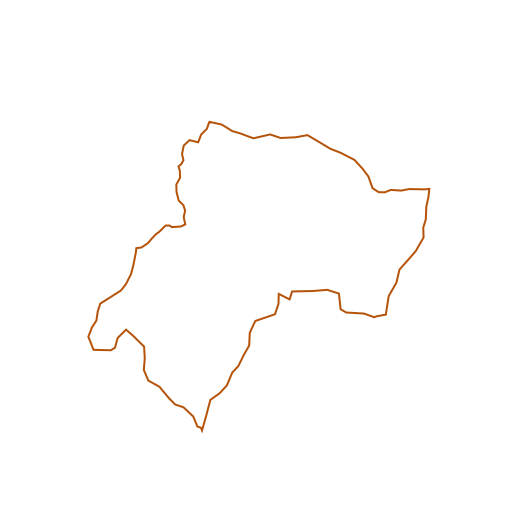 Pentalia, Paphos, Cyprus, rotated 338°
{"feature_id": "46923920B72015155205628", "entity_name": "Pentalia", "entity_type": "district", "adm_level": 2, "iso_a3": "CYP", "parent_name": "Cyprus", "parent_adm1": "Paphos", "projection": "albers", "projection_center": [32.617, 34.847], "detail": "fine", "context": "isolated", "style": "outline", "palette": "amber", "viewbox_px": 512, "rotation_deg": 338, "n_neighbors": 0, "source": "geoboundaries", "source_scale": "gbopen_adm2", "svg_char_len": 1619}
<svg xmlns="http://www.w3.org/2000/svg" viewBox="0 0 512 512"><g transform="rotate(338 256 256)"><path d="M148.0,203.9L146.0,207.6L139.1,218.2L133.4,225.9L124.8,233.4L117.8,237.4L104.9,239.8L93.8,241.8L88.5,248.1L83.9,256.0L77.1,260.8L70.3,268.1L70.3,272.9L70.2,282.1L76.8,285.0L86.1,289.0L90.9,288.2L97.0,280.2L107.9,275.6L111.7,282.9L118.3,298.1L114.6,309.0L109.3,319.7L109.5,331.2L117.5,341.1L122.0,355.2L125.5,363.5L132.1,369.1L137.7,381.4L137.8,392.2L140.6,394.6L140.6,397.5L148.6,387.3L159.8,372.3L170.7,369.7L180.5,365.1L190.3,355.2L198.3,351.5L207.6,343.2L216.1,336.5L221.5,324.8L231.0,316.0L251.8,317.1L258.9,308.8L262.9,299.7L270.9,308.8L276.2,302.4L295.1,309.6L309.5,314.1L312.2,316.4L318.8,321.9L314.5,337.1L318.5,342.2L334.7,349.9L342.7,357.1L345.4,357.1L352.5,358.6L354.4,359.0L364.0,342.9L376.2,333.3L383.9,322.4L386.0,321.3L396.7,316.0L405.8,311.4L418.3,301.6L421.7,292.4L427.1,285.7L432.5,273.9L438.3,265.4L441.8,258.7L437.6,257.5L423.0,251.3L415.0,249.7L405.7,245.2L399.3,245.2L393.7,242.8L389.5,236.9L390.0,224.4L387.6,215.3L383.3,203.8L373.2,192.1L365.0,184.3L356.2,172.6L349.0,163.2L337.3,160.8L323.0,155.8L314.7,148.6L297.7,145.9L286.8,136.0L280.7,131.2L273.5,121.3L263.6,114.5L263.5,115.1L262.4,114.7L258.1,119.7L250.7,122.8L245.0,128.9L237.8,123.7L230.4,126.5L225.6,133.8L224.6,140.0L221.0,142.9L217.8,143.8L217.2,148.8L214.9,155.0L208.9,159.9L206.3,166.9L205.1,175.6L207.7,181.7L207.3,187.3L203.6,192.8L202.2,200.2L197.4,200.5L188.8,197.7L187.2,195.3L183.5,193.9L175.4,197.3L171.2,198.4L165.5,201.0L160.6,203.6L153.0,205.2L148.0,203.9Z" fill="none" stroke="#b45309" stroke-width="2"/></g></svg>